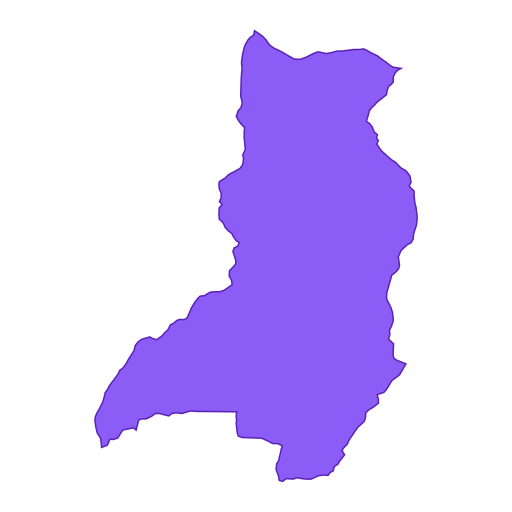 Penápolis, São Paulo, Brazil (Albers equal-area conic projection)
{"feature_id": "56859067B20173469522033", "entity_name": "Penápolis", "entity_type": "district", "adm_level": 2, "iso_a3": "BRA", "parent_name": "Brazil", "parent_adm1": "São Paulo", "projection": "albers", "projection_center": [-50.11, -21.392], "detail": "fine", "context": "isolated", "style": "filled", "palette": "violet", "viewbox_px": 512, "rotation_deg": 0, "n_neighbors": 0, "source": "geoboundaries", "source_scale": "gbopen_adm2", "svg_char_len": 3627}
<svg xmlns="http://www.w3.org/2000/svg" viewBox="0 0 512 512"><path d="M328.0,475.4L330.1,472.5L333.2,470.9L334.3,466.5L338.0,464.1L339.5,461.3L344.6,454.8L342.0,450.7L343.6,447.9L347.2,444.2L349.3,439.5L352.2,435.5L354.1,432.5L357.8,427.3L364.3,421.3L365.5,417.6L365.7,412.8L369.5,409.3L372.9,407.5L378.4,403.2L378.3,398.7L377.1,394.6L383.9,392.4L386.4,389.6L388.5,386.2L391.7,380.8L399.6,374.7L405.9,363.9L396.5,360.1L393.9,358.3L393.1,355.1L393.2,351.5L393.6,344.0L388.6,339.1L389.9,334.3L389.4,330.6L391.6,325.8L393.3,320.4L392.9,315.8L392.4,312.4L391.1,307.9L388.7,303.1L386.5,298.6L386.8,292.7L391.8,275.1L396.0,271.8L398.7,268.6L399.5,265.0L398.3,257.0L401.0,250.5L407.5,244.5L410.8,243.0L413.2,239.1L413.6,234.1L415.2,228.7L416.4,225.3L417.0,220.3L417.1,215.7L416.4,210.6L416.0,207.2L414.9,203.2L414.2,196.7L414.0,190.9L411.1,188.3L409.2,185.8L411.0,182.3L410.5,178.9L409.8,175.7L406.0,170.8L401.2,168.1L398.6,165.6L395.6,162.3L391.6,159.9L386.0,155.0L381.2,150.6L378.7,147.0L376.8,143.9L378.3,140.6L376.4,138.0L377.5,134.8L374.2,132.0L372.1,126.8L369.8,123.7L366.3,121.2L367.9,116.4L369.3,110.9L371.6,107.7L374.5,105.1L376.7,102.4L386.4,94.8L387.3,90.0L388.5,86.6L391.0,84.6L393.3,82.0L393.3,76.9L395.2,72.8L398.0,70.0L401.0,68.4L392.8,67.1L389.3,64.8L386.6,62.6L380.6,58.3L377.7,56.0L370.7,52.6L367.7,50.8L363.8,48.9L359.8,49.5L353.8,49.5L342.3,51.0L337.0,51.1L331.6,52.6L326.4,53.6L322.1,52.7L318.0,51.8L313.8,53.3L310.3,55.1L306.1,57.2L300.0,59.4L294.0,59.0L284.3,53.4L279.3,50.6L274.2,48.3L270.8,46.0L268.6,43.7L266.1,39.9L261.9,35.7L254.5,30.7L253.8,34.9L250.3,37.4L248.1,39.8L246.0,43.3L244.6,46.3L243.2,51.8L242.5,55.2L241.8,59.9L241.5,63.7L242.1,67.9L241.3,76.8L240.7,96.3L242.3,102.6L241.0,107.5L238.2,110.7L236.3,116.4L238.6,120.7L240.8,123.7L244.6,127.6L244.2,131.8L244.2,138.1L244.7,142.7L245.0,145.9L245.3,149.5L242.8,154.8L243.5,159.0L242.8,164.5L240.0,168.4L234.4,171.6L230.3,173.6L227.7,175.4L225.4,177.9L222.0,179.9L219.3,181.7L218.9,185.0L219.4,189.1L221.1,192.9L221.2,197.7L219.4,201.7L222.2,204.4L219.2,207.9L218.9,213.8L219.3,219.2L223.2,222.9L225.4,227.8L228.5,231.0L231.7,233.3L233.5,236.9L236.1,240.6L239.2,242.6L237.7,246.2L234.2,247.8L232.9,251.4L234.5,256.4L235.8,260.5L235.6,264.2L233.0,267.1L229.5,270.7L229.2,276.1L231.4,280.0L232.2,284.6L227.9,287.7L224.0,290.3L219.9,291.7L214.4,291.8L210.5,292.1L207.2,293.8L204.6,295.7L200.2,296.1L197.6,298.6L194.6,302.6L191.3,308.2L188.6,314.5L187.1,317.9L184.1,319.7L180.3,319.3L176.8,320.4L174.0,323.0L170.3,324.9L168.0,329.7L164.8,332.6L162.1,335.8L156.7,339.7L152.5,338.5L149.8,336.9L146.4,337.9L142.0,339.2L138.3,341.7L135.2,345.6L134.1,350.4L131.4,354.8L128.8,358.7L126.1,363.7L123.1,367.8L119.8,370.3L118.1,373.9L115.1,378.2L112.4,381.7L109.5,385.6L107.3,389.8L105.2,392.6L104.0,397.9L102.4,402.7L100.2,407.2L98.3,410.7L96.7,413.5L95.5,416.5L94.9,420.2L95.3,423.5L96.0,427.9L97.3,433.1L100.6,438.3L101.2,442.8L101.6,447.4L107.3,445.2L110.0,439.1L113.3,439.5L117.8,438.0L120.1,434.2L122.8,430.1L128.8,428.8L133.4,427.8L136.1,430.1L138.7,420.0L142.1,418.8L146.0,418.9L151.4,416.4L155.2,413.5L159.9,413.5L164.2,414.8L168.9,415.9L171.7,413.5L176.2,412.8L182.0,413.5L186.9,411.9L191.1,410.9L195.8,411.4L236.6,411.8L236.1,416.6L236.6,419.9L236.2,423.4L236.7,427.9L237.2,432.7L238.3,436.1L242.3,437.5L261.6,438.2L268.3,441.2L272.5,443.5L278.1,443.7L282.3,445.9L281.2,449.2L280.3,453.6L279.3,457.3L278.8,460.5L276.6,463.8L276.1,469.4L278.6,476.3L279.3,480.5L282.8,481.3L286.1,478.6L289.6,478.9L293.6,479.0L297.1,477.7L301.6,478.6L306.5,479.1L311.1,479.1L318.3,475.8L323.4,475.0L328.0,475.4Z" fill="#8b5cf6" stroke="#5b21b6" stroke-width="1.5"/></svg>